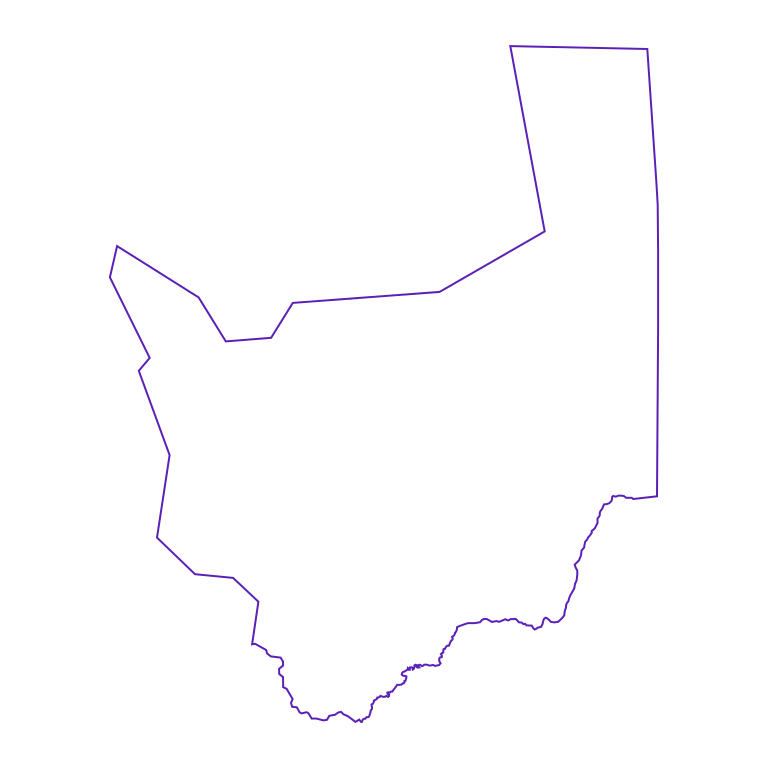 the district of Maiwut, Upper Nile, South Sudan
{"feature_id": "79223893B33528845536299", "entity_name": "Maiwut", "entity_type": "district", "adm_level": 2, "iso_a3": "SSD", "parent_name": "South Sudan", "parent_adm1": "Upper Nile", "projection": "mercator", "projection_center": [33.888, 8.784], "detail": "fine", "context": "isolated", "style": "outline", "palette": "violet", "viewbox_px": 768, "rotation_deg": 0, "n_neighbors": 0, "source": "geoboundaries", "source_scale": "gbopen_adm2", "svg_char_len": 3508}
<svg xmlns="http://www.w3.org/2000/svg" viewBox="0 0 768 768"><path d="M647.3,49.0L510.3,46.1L544.7,231.4L439.6,291.9L292.8,302.9L271.1,337.8L225.8,341.4L198.6,297.4L117.1,246.1L109.9,277.3L128.8,315.6L149.7,357.9L138.8,370.8L169.6,455.1L157.0,537.6L195.0,574.2L233.1,577.9L258.4,601.7L252.1,644.3L255.1,643.8L266.0,649.9L267.3,653.7L270.9,656.4L280.6,657.6L283.0,661.6L283.0,665.6L279.1,668.8L279.2,673.9L283.0,677.1L283.2,687.2L286.6,688.8L292.6,699.0L291.0,703.0L292.2,706.8L296.8,707.3L299.6,712.3L301.6,713.4L306.7,712.2L308.5,713.3L311.7,718.6L316.2,718.5L323.5,720.4L327.0,719.8L329.3,715.8L334.9,714.8L338.2,712.5L341.1,711.9L343.6,714.4L348.1,716.3L355.4,721.9L358.3,720.2L359.2,719.6L361.0,721.9L362.0,721.8L362.8,719.5L364.0,718.8L365.4,718.7L366.3,717.3L368.6,717.0L369.3,715.9L370.6,712.0L370.6,710.6L371.5,709.6L372.0,708.6L372.0,706.9L371.6,705.8L371.6,704.4L372.7,704.0L374.1,701.4L373.9,700.6L375.5,699.8L377.2,698.6L377.2,697.6L378.8,697.3L379.8,696.9L380.4,695.9L381.9,696.4L383.7,696.9L385.1,696.7L386.3,695.9L388.2,696.9L389.0,696.1L389.1,694.8L387.7,694.1L387.3,692.7L388.2,692.2L389.7,692.7L390.8,691.6L392.3,691.6L393.4,689.9L395.4,687.4L397.1,684.9L399.4,684.9L401.5,684.6L402.7,683.4L403.7,683.4L404.4,682.6L404.4,681.1L405.5,680.8L405.8,679.2L406.3,678.3L406.4,676.4L405.2,676.0L403.2,675.7L401.7,674.6L402.0,673.2L402.9,672.1L405.0,671.2L407.6,669.6L407.8,668.4L408.9,669.8L409.8,669.8L409.8,668.7L409.5,667.8L409.9,667.4L411.9,667.3L412.5,667.8L412.8,669.5L413.9,668.7L414.4,667.1L414.4,665.4L415.6,664.7L416.5,665.1L416.5,666.7L417.4,667.6L419.3,667.4L418.8,666.7L418.0,665.3L419.3,664.7L420.7,665.1L421.9,666.2L422.8,665.9L424.2,664.7L426.8,664.7L429.5,665.6L430.9,665.4L433.2,665.0L435.0,665.9L436.4,665.6L439.0,665.1L440.6,663.3L439.3,661.3L439.2,658.6L440.1,657.4L441.8,657.1L441.8,655.4L440.9,654.1L441.8,653.2L443.3,652.6L443.3,650.9L443.5,649.2L444.9,648.9L445.8,647.2L447.0,645.8L449.1,645.6L449.6,643.8L451.0,640.9L452.4,639.7L452.8,638.3L452.0,636.9L453.9,635.6L455.0,633.6L455.0,632.7L455.9,631.9L456.9,629.6L456.9,628.5L457.1,627.1L460.0,625.9L463.8,624.5L468.0,623.1L471.7,623.1L474.9,623.1L477.9,622.6L480.1,622.2L482.1,619.8L484.4,618.9L486.8,619.1L489.1,620.3L492.0,622.0L493.9,621.5L496.6,621.1L498.8,621.8L501.1,621.1L503.2,620.1L505.5,619.2L507.0,620.1L508.6,620.4L509.3,619.9L510.6,619.1L513.2,619.1L515.1,618.8L516.5,619.6L519.0,622.4L520.2,622.4L522.0,622.7L523.3,624.1L525.3,623.9L526.3,625.3L529.2,625.5L531.8,625.6L533.2,628.1L534.7,629.5L536.4,628.7L537.5,627.7L539.2,627.3L541.0,626.9L542.6,623.9L543.0,621.8L543.9,619.1L545.5,617.7L546.8,618.1L549.1,619.9L550.7,621.8L554.2,622.4L558.2,621.8L562.3,617.9L564.3,615.3L564.5,612.5L565.1,610.0L566.0,607.5L566.1,605.7L566.6,603.5L568.4,601.2L569.1,598.4L570.1,595.8L572.1,592.2L574.3,588.3L575.0,584.0L576.6,580.3L577.0,576.7L577.3,574.5L577.3,570.7L575.5,567.2L574.7,564.6L577.0,562.4L578.9,560.4L580.8,555.9L581.2,553.9L581.5,550.6L582.7,549.2L584.2,547.4L584.4,545.2L585.3,541.5L587.2,539.5L588.0,537.6L590.0,535.4L591.7,532.9L591.7,530.9L593.5,529.6L595.0,528.0L596.5,525.0L597.5,523.2L597.5,521.3L597.5,518.5L599.2,516.5L599.8,514.9L599.8,512.5L600.8,510.5L602.4,508.6L603.0,506.6L604.0,504.4L606.7,504.1L609.3,503.2L611.5,500.9L612.0,499.0L612.2,496.9L613.1,496.0L615.7,496.6L616.7,496.4L618.2,495.7L620.7,495.6L623.8,496.0L626.2,497.8L628.7,497.8L631.7,497.8L633.3,499.0L657.0,496.3L658.1,329.9L658.1,250.6L657.7,204.7L656.4,182.7L647.3,49.0Z" fill="none" stroke="#5b21b6" stroke-width="2"/></svg>